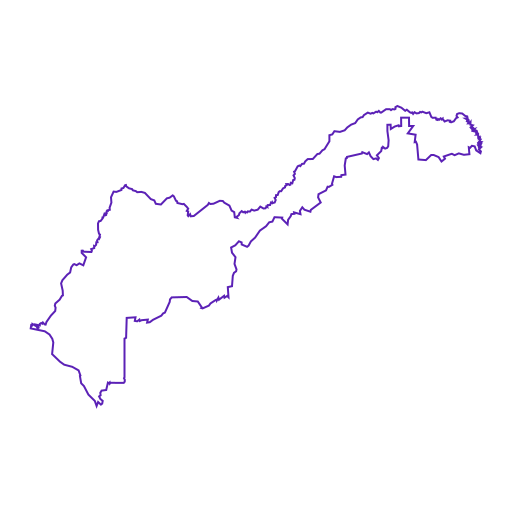 outline of Santa Ana, Magdalena, Colombia
{"feature_id": "7082276B74348291748480", "entity_name": "Santa Ana", "entity_type": "district", "adm_level": 2, "iso_a3": "COL", "parent_name": "Colombia", "parent_adm1": "Magdalena", "projection": "robinson", "projection_center": [-74.196, 9.504], "detail": "fine", "context": "isolated", "style": "outline", "palette": "violet", "viewbox_px": 512, "rotation_deg": 0, "n_neighbors": 0, "source": "geoboundaries", "source_scale": "gbopen_adm2", "svg_char_len": 6050}
<svg xmlns="http://www.w3.org/2000/svg" viewBox="0 0 512 512"><path d="M96.6,406.0L98.1,402.0L100.9,404.6L102.2,403.6L102.7,400.9L100.4,399.0L99.1,396.4L100.6,395.3L100.3,392.8L101.6,390.6L106.2,390.0L107.9,382.7L108.7,383.3L109.7,382.4L109.9,383.5L110.5,382.8L123.7,382.9L124.7,381.7L124.8,379.8L124.0,378.2L124.5,377.3L124.5,338.6L126.1,337.8L126.7,317.9L135.5,317.3L134.8,320.9L137.2,321.3L139.4,319.6L139.8,321.0L141.6,320.2L147.8,319.6L147.1,322.6L149.8,322.2L153.0,319.8L161.3,315.7L163.1,313.4L164.9,312.6L169.7,301.9L170.0,299.4L171.7,297.4L186.7,297.0L192.3,301.0L197.8,301.5L201.8,307.4L201.3,308.0L202.6,308.4L208.9,305.6L210.5,303.4L215.7,300.0L216.6,299.6L216.8,300.5L218.4,297.6L219.0,299.7L224.1,295.8L224.5,297.7L227.1,296.0L228.5,297.3L227.8,287.1L232.0,286.2L232.8,275.8L234.0,272.8L236.1,271.3L236.5,269.4L234.5,263.9L235.5,257.2L232.0,252.7L231.1,247.5L235.3,245.3L238.9,241.3L241.6,242.4L241.7,244.5L247.1,246.8L248.6,245.6L250.9,241.4L255.1,237.6L259.9,230.6L266.1,226.2L269.2,222.3L272.4,221.6L274.5,217.2L282.2,217.6L281.9,218.7L287.6,224.4L288.1,219.8L290.7,216.2L291.4,214.1L294.4,213.8L294.1,212.4L300.5,214.2L299.9,210.9L302.3,207.3L304.4,209.7L310.4,211.7L310.8,209.9L320.7,202.5L318.1,197.4L318.5,194.2L326.0,190.4L327.6,186.7L328.9,186.9L332.4,184.8L332.0,183.7L334.1,176.3L336.2,177.1L341.2,176.8L341.4,175.1L345.5,174.6L344.7,165.5L345.8,158.4L346.8,158.1L347.0,156.9L361.9,153.5L362.3,152.2L367.1,154.1L368.9,152.4L370.6,156.2L373.4,159.1L376.1,158.4L377.9,159.9L378.9,158.1L376.9,155.3L381.2,151.1L381.8,147.8L382.6,148.0L383.0,146.9L385.1,148.6L387.1,147.9L388.2,146.3L388.6,140.3L387.4,131.0L387.4,124.8L390.6,124.7L390.8,129.0L394.8,126.5L398.6,125.3L398.9,126.3L401.2,126.0L401.1,117.7L409.0,117.7L409.1,126.0L413.2,126.0L407.8,133.4L415.6,134.7L414.7,142.1L415.9,141.7L417.1,144.5L418.4,159.5L425.9,160.1L431.2,155.0L433.7,155.0L438.6,157.1L441.5,161.5L445.0,158.7L443.8,156.5L450.8,154.1L451.9,153.8L454.6,155.2L458.8,153.4L463.9,154.8L469.4,154.2L468.8,147.3L470.0,147.9L471.9,145.8L474.7,146.4L476.2,150.4L480.4,153.2L480.9,151.4L478.9,149.3L480.6,147.7L479.1,147.8L478.9,147.2L480.5,146.1L479.9,145.6L478.9,146.3L478.3,145.5L480.3,145.4L481.1,143.8L478.3,144.0L478.1,143.2L480.0,143.1L481.3,142.0L479.1,141.6L480.6,139.4L479.7,139.1L479.9,138.0L479.0,138.5L479.3,137.0L478.2,137.5L478.1,134.7L476.5,134.7L477.9,133.5L477.5,133.0L476.6,133.8L476.1,133.1L476.2,132.3L477.1,132.2L476.7,130.8L476.2,130.6L475.8,131.8L475.1,130.4L474.3,131.4L472.8,131.0L474.4,129.1L472.7,129.7L473.5,127.2L471.8,128.8L470.6,127.4L472.8,125.3L470.4,124.7L470.5,122.2L469.6,123.4L468.3,123.4L468.9,122.7L467.6,121.7L468.8,121.4L468.6,120.0L468.0,119.6L468.1,120.4L467.1,120.7L467.1,119.5L465.4,118.5L467.6,118.3L467.2,116.4L465.3,116.0L462.2,113.5L459.2,113.2L457.1,114.0L456.5,115.9L457.6,117.4L456.1,118.1L453.8,121.3L451.1,122.3L449.9,121.9L450.2,120.7L447.6,120.3L444.6,121.5L443.0,119.3L442.1,119.5L442.3,118.7L441.6,119.1L440.6,118.3L439.2,119.7L438.0,119.0L437.6,120.0L436.4,119.7L435.7,117.7L432.6,117.8L431.3,116.9L429.4,112.3L426.3,113.2L422.4,111.7L421.2,112.4L420.1,111.9L418.9,113.1L416.5,113.4L414.5,112.2L413.1,113.9L412.1,112.4L411.2,112.9L409.9,112.3L406.8,109.7L405.2,110.8L401.4,107.7L397.3,106.0L395.4,107.2L395.5,108.8L394.6,109.4L392.4,109.1L391.0,110.1L389.9,109.2L386.1,109.2L381.2,112.6L380.4,112.6L378.8,110.9L377.4,112.2L376.1,111.7L373.3,113.4L372.3,112.9L370.6,113.7L367.8,112.6L363.9,115.1L362.6,117.1L360.7,117.4L357.8,119.4L355.2,123.1L351.2,124.6L347.3,127.4L344.7,130.3L339.9,131.9L334.4,131.2L332.3,134.4L329.4,135.2L329.4,141.3L324.5,149.2L322.4,150.3L319.5,153.7L317.4,154.0L312.8,159.0L307.7,159.1L305.2,161.4L304.0,163.7L302.0,163.9L300.3,166.1L299.4,165.5L297.7,166.3L295.0,171.2L294.1,171.7L294.9,173.9L293.5,175.4L294.8,178.1L294.4,179.8L293.2,180.0L292.3,183.3L290.8,182.8L290.4,184.7L289.5,185.0L288.1,184.0L286.3,184.1L286.7,185.1L285.1,186.1L285.0,187.4L283.0,188.4L281.2,191.2L279.7,191.2L278.7,192.1L277.7,195.0L276.0,195.2L276.0,197.1L274.6,197.9L275.7,200.0L274.7,202.5L272.6,203.1L272.3,202.5L272.1,203.1L271.0,202.5L270.1,205.0L267.7,205.1L267.5,206.1L266.6,206.3L267.0,207.0L266.4,206.8L265.5,208.3L263.5,208.5L260.3,206.6L257.7,209.7L254.2,210.6L251.6,209.6L249.9,211.6L247.8,211.4L247.2,212.4L245.8,212.1L245.3,212.7L244.8,211.7L243.2,212.3L241.7,211.1L239.4,213.3L238.9,215.1L236.3,217.1L236.9,217.8L234.8,217.3L234.2,212.1L231.6,210.6L229.4,205.6L224.3,202.7L222.8,201.0L219.8,200.8L213.5,203.7L210.3,204.0L208.9,203.0L207.8,204.9L193.8,216.0L190.8,216.3L190.1,214.2L188.3,216.1L187.7,215.3L188.2,211.5L186.8,210.9L188.2,208.7L186.9,207.0L183.8,203.9L182.5,204.2L177.4,203.0L177.1,201.3L176.0,200.8L173.9,196.4L172.7,195.4L169.6,197.7L166.9,198.3L160.9,204.5L155.8,203.8L154.3,200.4L150.8,199.1L144.9,192.9L141.4,191.9L137.2,192.2L135.8,191.1L132.8,190.3L132.1,189.1L129.0,188.3L126.1,186.2L125.9,185.0L125.1,185.2L123.4,188.0L121.5,188.5L121.4,190.0L116.4,191.9L113.6,191.6L111.0,197.3L111.4,202.6L109.6,207.7L109.8,209.8L108.0,210.2L107.9,210.8L107.2,210.5L106.6,211.3L106.7,213.2L106.1,213.2L106.1,215.0L105.3,215.3L104.4,214.0L103.2,217.4L102.5,217.5L102.6,218.4L100.6,221.0L99.0,221.2L98.0,223.4L98.1,229.8L99.0,233.7L100.0,234.6L99.4,236.7L100.0,237.1L99.2,238.7L98.8,238.2L97.1,240.4L97.5,242.2L96.3,242.3L96.1,244.8L94.6,246.4L94.1,246.1L94.2,248.1L91.2,249.1L91.9,250.7L91.4,252.0L83.7,251.7L82.8,250.6L81.7,250.7L81.7,252.9L86.1,257.3L83.3,265.3L79.4,263.4L76.6,265.2L74.3,264.1L73.3,264.5L71.2,267.4L70.1,272.5L67.3,274.6L62.4,280.2L61.1,283.4L62.7,290.7L62.9,295.4L61.9,295.9L59.6,299.7L55.3,303.5L54.8,305.7L55.6,307.7L55.2,311.0L50.9,315.6L46.5,321.9L45.6,324.6L44.6,324.4L42.9,322.5L42.2,323.7L41.2,323.0L39.8,323.9L39.8,325.4L36.4,324.7L38.4,326.9L38.6,327.7L37.6,328.4L36.7,326.5L32.3,323.9L32.1,325.4L31.2,325.1L30.7,328.4L44.8,331.3L49.5,334.5L52.3,338.8L53.3,342.5L52.1,354.1L60.0,361.7L64.2,364.7L72.2,366.8L78.6,370.4L80.4,375.5L79.9,375.9L81.2,383.3L83.9,386.0L88.4,394.6L94.8,400.9L96.6,406.0Z" fill="none" stroke="#5b21b6" stroke-width="2"/></svg>